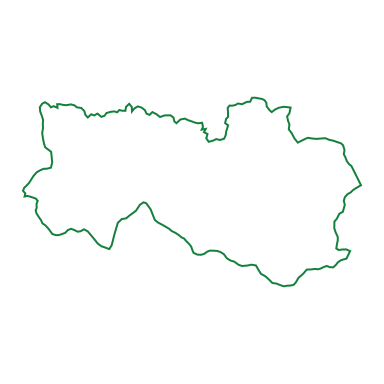 outline of Aguaí, São Paulo, Brazil
{"feature_id": "56859067B42801788146128", "entity_name": "Aguaí", "entity_type": "district", "adm_level": 2, "iso_a3": "BRA", "parent_name": "Brazil", "parent_adm1": "São Paulo", "projection": "robinson", "projection_center": [-47.051, -22.058], "detail": "fine", "context": "isolated", "style": "outline", "palette": "green", "viewbox_px": 384, "rotation_deg": 0, "n_neighbors": 0, "source": "geoboundaries", "source_scale": "gbopen_adm2", "svg_char_len": 3397}
<svg xmlns="http://www.w3.org/2000/svg" viewBox="0 0 384 384"><path d="M290.6,107.6L286.9,107.1L283.6,106.8L279.0,107.7L275.2,109.4L271.7,112.1L269.5,110.1L266.7,106.4L266.3,102.7L264.5,100.2L261.9,98.9L258.6,98.4L255.2,97.7L252.0,97.8L250.2,101.7L246.8,101.9L242.1,104.2L238.0,103.5L235.2,105.1L232.1,105.7L229.4,105.6L227.7,108.0L228.0,112.1L228.1,116.9L226.1,118.9L225.1,123.1L228.1,125.3L227.0,129.0L226.1,131.9L225.7,135.2L224.1,138.7L220.0,140.0L216.2,139.1L213.2,140.6L208.7,141.8L206.3,138.3L207.5,134.0L204.0,132.2L205.7,128.9L201.7,129.6L203.0,126.8L202.1,122.8L197.9,123.3L195.3,122.7L191.4,121.3L188.2,120.2L184.8,118.6L180.4,119.5L176.4,123.2L174.3,121.3L173.5,117.6L170.5,115.3L164.7,115.4L160.0,117.0L156.6,114.3L152.4,112.1L149.5,114.9L146.5,113.6L144.9,110.1L141.6,107.6L137.8,106.4L134.3,108.5L132.0,111.4L131.8,107.0L129.2,103.8L126.0,106.9L125.4,110.8L121.9,110.7L119.3,110.0L117.2,112.3L114.3,111.4L110.8,111.8L106.5,113.0L104.6,115.7L101.4,116.9L97.5,113.6L94.2,115.4L91.2,114.3L87.8,117.5L85.4,114.9L84.3,111.0L81.3,108.0L76.8,107.3L74.6,105.4L70.9,104.4L66.3,105.2L63.0,104.9L60.2,104.2L57.2,104.2L57.5,107.8L53.6,106.2L50.9,107.3L48.5,104.4L45.0,102.2L42.2,103.7L39.8,107.3L40.2,111.5L41.7,115.5L43.1,119.9L42.8,124.1L43.0,127.9L42.2,133.2L43.0,138.7L44.0,143.6L45.2,147.3L48.0,149.4L51.1,151.8L51.6,156.1L52.2,162.4L50.9,167.7L46.9,168.7L43.6,168.8L40.2,170.3L36.7,172.3L33.4,176.1L29.0,183.0L27.0,185.1L24.1,188.0L23.0,190.8L25.3,193.4L24.6,196.5L27.3,195.9L30.4,196.7L33.3,197.7L35.8,198.6L37.7,200.8L36.5,204.0L36.7,207.7L35.7,210.6L36.5,213.4L39.0,217.3L41.1,220.3L42.4,223.3L45.4,225.4L48.7,229.0L52.3,234.0L55.8,235.1L58.5,235.1L61.4,234.3L65.3,232.8L67.9,230.0L71.2,228.8L74.7,230.2L77.7,231.7L80.7,231.2L83.9,229.3L87.7,231.3L94.3,239.2L97.7,243.5L101.3,246.2L105.1,247.5L109.3,249.1L111.7,245.2L112.8,240.9L114.0,235.9L115.2,231.7L117.8,222.9L121.7,219.1L126.2,218.3L129.3,215.7L132.7,213.2L135.8,210.9L137.6,208.3L139.9,204.8L143.6,202.3L146.3,203.3L148.3,206.1L150.6,209.3L152.4,213.8L154.8,219.9L158.1,222.6L162.7,225.0L166.1,227.0L169.0,228.7L171.8,231.1L175.5,232.9L178.8,235.1L181.4,237.3L184.2,238.6L186.0,240.9L188.9,243.7L191.2,246.6L192.2,249.6L193.5,252.8L197.3,254.6L201.0,254.8L204.1,253.9L207.3,251.6L210.0,250.6L213.2,250.7L216.8,250.9L220.1,251.9L223.8,254.1L226.8,258.2L230.4,260.5L234.2,261.6L238.6,264.8L242.2,266.0L247.7,265.5L251.2,264.7L255.9,265.4L258.9,270.6L261.0,273.9L265.2,276.2L267.4,278.0L269.9,280.5L272.4,283.0L276.6,283.6L279.4,284.8L283.8,286.3L287.2,285.7L290.2,285.6L293.7,284.8L295.9,282.3L298.5,277.8L301.0,275.7L303.6,273.3L306.7,269.6L311.5,269.4L314.9,268.9L318.1,269.3L320.7,268.5L324.0,266.9L326.8,266.0L329.7,267.1L333.2,267.4L336.1,264.7L337.8,262.4L340.6,260.4L343.5,259.4L346.4,258.7L348.1,255.3L350.1,251.1L346.2,249.4L342.6,249.5L338.7,250.0L336.3,248.5L337.0,243.9L337.8,240.1L337.7,236.7L335.8,232.7L334.3,228.4L334.4,221.6L336.8,218.8L339.4,213.7L342.8,211.9L344.8,204.9L343.8,200.7L344.9,197.1L347.6,194.1L350.7,192.4L352.8,190.3L355.4,188.5L361.0,185.2L351.4,166.0L349.1,164.2L346.7,160.9L345.4,157.3L343.8,154.2L344.5,150.0L343.1,145.3L341.1,143.4L332.7,140.5L329.7,140.0L325.3,138.2L321.0,138.5L316.8,138.9L312.0,138.5L308.0,137.8L305.2,138.9L297.8,142.6L294.5,138.5L291.8,133.4L288.8,129.4L289.4,124.3L288.1,121.0L287.1,116.4L289.4,113.3L290.6,107.6Z" fill="none" stroke="#15803d" stroke-width="2"/></svg>